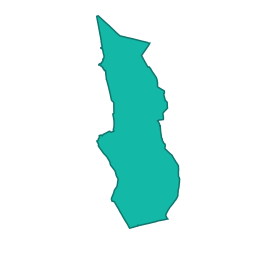 outline of Adancata, Suceava, Romania, rotated 203°
{"feature_id": "2599482B17413063998291", "entity_name": "Adancata", "entity_type": "district", "adm_level": 2, "iso_a3": "ROU", "parent_name": "Romania", "parent_adm1": "Suceava", "projection": "mercator", "projection_center": [26.302, 47.737], "detail": "fine", "context": "isolated", "style": "filled", "palette": "teal", "viewbox_px": 256, "rotation_deg": 203, "n_neighbors": 0, "source": "geoboundaries", "source_scale": "gbopen_adm2", "svg_char_len": 5567}
<svg xmlns="http://www.w3.org/2000/svg" viewBox="0 0 256 256"><g transform="rotate(203 128 128)"><path d="M146.6,213.8L149.0,213.4L150.0,213.2L150.8,213.1L157.4,212.1L160.4,211.6L161.9,211.3L163.4,211.0L166.6,210.5L167.7,210.3L168.5,210.2L170.6,209.8L171.6,209.7L175.5,211.0L178.1,212.0L178.5,212.2L179.3,212.5L180.9,213.1L183.4,214.0L184.0,214.3L186.9,215.3L189.3,216.1L199.2,219.6L199.4,219.6L199.6,219.3L199.8,219.0L200.1,218.8L200.4,218.6L198.6,215.7L197.7,214.4L196.7,212.9L195.4,211.0L194.6,209.8L193.3,207.8L191.6,205.2L191.2,204.6L190.7,203.8L190.1,202.9L189.5,202.1L188.4,200.4L187.9,199.5L187.0,198.3L186.6,197.6L186.5,197.4L186.5,197.1L186.4,197.0L186.0,196.4L184.9,194.6L183.8,193.2L183.4,192.4L183.8,192.1L184.0,191.9L184.2,191.6L184.3,191.5L184.4,191.3L184.4,191.2L184.0,190.9L183.9,190.7L183.7,190.7L183.3,190.7L182.8,190.8L182.6,191.0L182.3,190.9L182.2,190.7L181.9,190.0L181.5,189.6L180.9,188.6L179.7,186.9L178.7,185.7L177.8,184.1L177.6,183.5L177.6,183.3L177.7,182.8L177.7,182.5L177.8,182.2L177.9,181.9L178.0,181.6L177.9,181.3L177.9,181.1L177.6,180.9L177.4,180.8L177.4,180.5L177.5,180.2L177.4,179.9L177.4,179.7L177.4,179.4L177.6,179.2L177.6,178.7L177.8,178.3L177.9,178.2L178.0,177.9L178.0,177.6L178.0,177.4L177.8,177.2L177.7,176.9L177.8,176.8L178.0,176.7L178.4,176.5L178.8,176.3L179.1,176.0L179.3,175.6L179.5,175.4L179.6,175.0L179.5,174.6L179.1,174.7L178.4,174.8L177.8,174.8L177.6,174.7L176.8,174.4L176.4,174.4L176.2,174.4L176.2,174.2L175.7,174.2L175.0,173.9L174.7,173.8L174.5,173.6L174.4,173.3L174.2,173.0L173.8,172.8L173.5,172.6L173.0,172.5L172.7,172.5L172.4,172.3L172.4,172.2L172.3,171.7L172.0,171.6L171.9,171.6L171.4,171.9L171.1,172.0L170.7,171.3L170.2,170.5L169.8,169.5L168.7,167.6L168.1,166.7L167.5,165.6L167.2,164.7L166.9,164.2L166.3,163.8L161.8,158.0L157.4,152.0L155.6,149.3L154.0,147.1L152.4,146.5L151.2,145.9L150.6,145.3L150.5,144.7L149.8,143.2L148.6,140.4L146.7,136.1L147.4,134.9L145.1,131.5L144.3,130.2L143.5,128.8L142.3,126.1L141.3,123.5L141.0,121.3L140.5,120.0L140.0,119.9L139.8,119.3L140.5,118.8L142.2,117.3L142.6,117.4L143.5,117.9L144.0,117.6L146.5,114.5L148.3,112.4L148.7,110.7L149.7,111.1L150.5,110.6L151.1,110.2L151.5,109.6L150.8,108.5L150.7,108.1L150.7,107.7L151.0,107.0L151.0,106.4L150.9,105.8L150.7,104.9L151.6,103.9L151.1,103.3L149.0,101.8L148.7,101.4L148.4,100.1L147.7,99.5L143.9,97.2L140.5,95.1L138.8,94.4L136.3,93.3L132.5,90.5L131.1,89.2L130.4,88.1L129.5,87.0L127.3,85.8L124.3,84.1L123.2,83.4L122.2,82.3L120.2,79.7L119.0,78.6L117.2,77.3L115.3,70.0L116.2,65.5L115.8,62.8L115.7,56.5L115.6,56.2L115.0,55.5L114.9,55.4L114.7,55.2L114.5,54.8L114.3,54.6L114.1,54.4L113.9,54.4L113.5,54.6L113.4,54.6L113.2,54.7L112.8,54.7L112.4,54.7L112.1,54.6L111.8,54.7L111.5,54.7L111.2,54.5L110.8,54.2L110.4,53.7L109.9,53.3L109.2,52.9L108.6,52.4L108.2,52.1L107.9,51.9L107.6,51.6L107.2,51.3L106.7,51.0L106.4,50.8L105.9,50.5L105.7,50.3L105.5,50.1L105.3,50.0L104.5,49.4L104.1,49.0L103.2,48.3L102.3,47.6L101.9,47.3L100.8,46.5L100.0,45.9L99.5,45.6L99.1,45.2L98.2,44.5L97.9,44.3L97.3,43.8L96.9,43.5L94.6,41.8L91.4,39.6L87.4,36.4L86.8,36.8L86.3,37.2L86.0,37.5L85.6,37.8L85.2,38.1L84.5,38.6L84.2,38.8L83.9,39.1L83.2,39.8L82.9,40.0L82.0,40.7L81.7,41.0L81.3,41.2L80.4,41.9L80.6,42.3L80.4,42.3L80.2,42.4L80.1,42.5L79.5,42.8L79.3,43.0L79.1,43.1L78.8,43.2L78.7,43.2L78.2,43.6L77.8,43.9L77.3,44.3L76.9,44.7L76.4,45.0L75.9,45.3L75.7,45.5L75.4,45.7L75.1,45.9L74.6,46.3L74.2,46.6L73.7,46.9L73.2,47.3L72.6,47.6L72.1,48.0L71.6,48.4L71.1,48.8L70.5,49.2L70.0,49.6L69.4,50.0L68.9,50.4L68.4,50.8L67.8,51.2L67.3,51.6L66.7,52.0L66.1,52.4L65.6,52.9L65.1,53.3L64.7,53.7L64.5,53.9L64.2,54.2L63.7,54.5L62.5,55.3L62.0,55.6L61.4,56.0L60.8,56.4L60.3,56.8L59.7,57.1L59.1,57.5L58.6,57.9L58.0,58.3L57.5,58.7L56.9,59.1L56.4,59.5L56.2,59.6L55.9,59.8L56.7,60.2L57.0,60.4L57.3,60.7L57.7,61.0L58.2,61.4L58.5,61.6L59.1,62.4L59.2,63.1L59.4,63.9L59.2,65.8L59.0,68.4L58.7,70.0L58.4,71.8L58.0,72.9L57.5,74.7L56.9,76.7L56.7,78.1L56.6,78.8L56.3,79.4L56.0,80.2L55.8,82.2L55.6,84.1L55.6,84.5L55.7,85.0L55.8,85.7L56.4,87.0L56.7,87.9L56.8,88.7L57.4,89.8L57.5,90.4L57.7,91.6L58.0,93.3L58.7,95.5L59.0,96.3L59.6,98.6L59.7,98.9L60.0,99.5L60.4,100.8L60.8,101.5L61.2,102.0L61.5,102.3L62.3,102.9L62.7,103.3L62.9,103.8L63.4,104.9L63.8,105.8L64.6,107.6L65.0,109.1L65.7,110.5L66.5,112.1L66.8,112.9L67.4,113.3L68.5,114.1L70.1,115.1L71.4,116.0L73.0,117.2L74.7,118.4L76.5,119.8L77.3,120.3L77.7,120.4L78.1,120.5L78.4,120.5L78.8,120.7L80.8,121.4L82.6,122.1L84.3,122.8L85.4,123.1L86.0,123.7L86.6,125.1L86.7,125.5L86.7,126.1L87.1,126.9L87.8,127.6L88.0,127.8L88.7,127.9L89.3,128.1L89.6,128.4L90.0,128.9L90.4,129.1L91.0,129.4L91.5,129.9L91.8,130.5L92.0,130.8L92.0,131.1L92.6,131.6L93.0,131.9L93.5,132.1L93.7,132.6L94.0,133.4L95.4,135.5L96.9,138.1L99.2,142.6L99.6,142.3L100.8,144.3L102.5,145.6L103.6,146.1L103.0,146.8L102.1,147.8L101.1,148.2L98.8,149.6L99.1,150.6L99.4,151.2L99.9,152.3L100.4,153.1L100.9,153.8L101.5,154.6L101.5,154.8L101.5,155.6L101.4,156.4L100.8,158.0L99.8,160.5L99.4,161.8L99.6,162.0L102.0,166.9L102.9,167.5L103.5,167.7L103.8,167.7L104.1,167.6L104.3,167.8L107.0,171.2L108.0,172.6L108.5,173.6L108.4,173.9L108.1,174.4L109.1,176.3L111.1,176.6L114.8,177.1L116.4,177.3L116.9,177.5L117.5,178.7L118.2,180.6L118.8,181.6L119.9,183.4L120.4,184.1L122.0,185.7L124.0,187.0L126.3,188.5L127.5,189.2L130.2,191.3L131.0,191.8L132.1,192.2L132.5,192.5L132.9,192.2L133.3,192.0L133.7,192.0L134.4,192.5L137.1,194.6L140.3,197.1L143.9,200.0L141.4,211.8L141.1,214.6L141.7,214.4L142.3,214.2L142.9,214.2L143.6,214.3L144.7,214.1L145.2,214.0L145.6,214.0L146.6,213.8Z" fill="#14b8a6" stroke="#0f766e" stroke-width="1.5"/></g></svg>